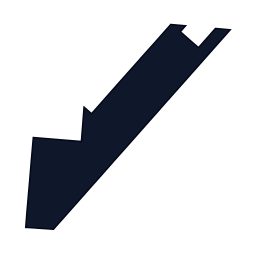 9 de Julio, Chaco, Argentina, rotated 274°
{"feature_id": "61730980B13427760820692", "entity_name": "9 de Julio", "entity_type": "district", "adm_level": 2, "iso_a3": "ARG", "parent_name": "Argentina", "parent_adm1": "Chaco", "projection": "orthographic", "projection_center": [-61.238, -27.011], "detail": "fine", "context": "isolated", "style": "filled", "palette": "ink", "viewbox_px": 256, "rotation_deg": 274, "n_neighbors": 0, "source": "geoboundaries", "source_scale": "gbopen_adm2", "svg_char_len": 1023}
<svg xmlns="http://www.w3.org/2000/svg" viewBox="0 0 256 256"><g transform="rotate(274 128 128)"><path d="M21.8,60.7L28.0,65.4L29.0,66.2L30.4,67.3L31.9,68.5L33.6,69.8L37.4,72.7L52.9,84.6L68.3,96.4L72.0,99.3L75.9,102.3L91.3,114.1L91.8,114.5L93.2,115.5L110.5,128.9L127.7,142.1L129.5,143.5L131.5,145.0L132.8,146.0L148.6,158.2L149.9,159.1L166.0,171.5L167.8,172.9L168.8,173.7L184.9,186.1L186.8,187.5L188.7,189.0L205.1,201.6L213.2,207.8L230.6,221.2L233.1,223.1L233.4,208.3L215.0,194.2L213.1,192.6L215.6,189.4L216.0,188.8L226.2,175.4L227.7,173.5L234.0,178.3L234.0,176.1L234.1,171.7L234.2,164.8L234.3,163.5L217.8,150.8L215.9,149.4L198.0,135.4L197.2,134.9L196.9,134.7L195.4,133.5L170.2,114.0L168.2,112.5L167.3,111.8L141.6,92.1L139.7,90.6L144.4,84.5L144.7,84.1L145.7,82.7L128.8,82.6L118.4,82.5L115.4,82.5L111.3,82.4L111.6,57.8L111.8,40.8L111.9,34.2L99.7,34.0L87.9,33.8L71.2,33.6L59.3,33.4L35.0,33.0L31.7,33.0L21.9,32.9L21.7,32.9L21.8,39.1L21.8,50.4L21.8,56.0L21.8,60.7Z" fill="#0f172a" stroke="#020617" stroke-width="1.5"/></g></svg>